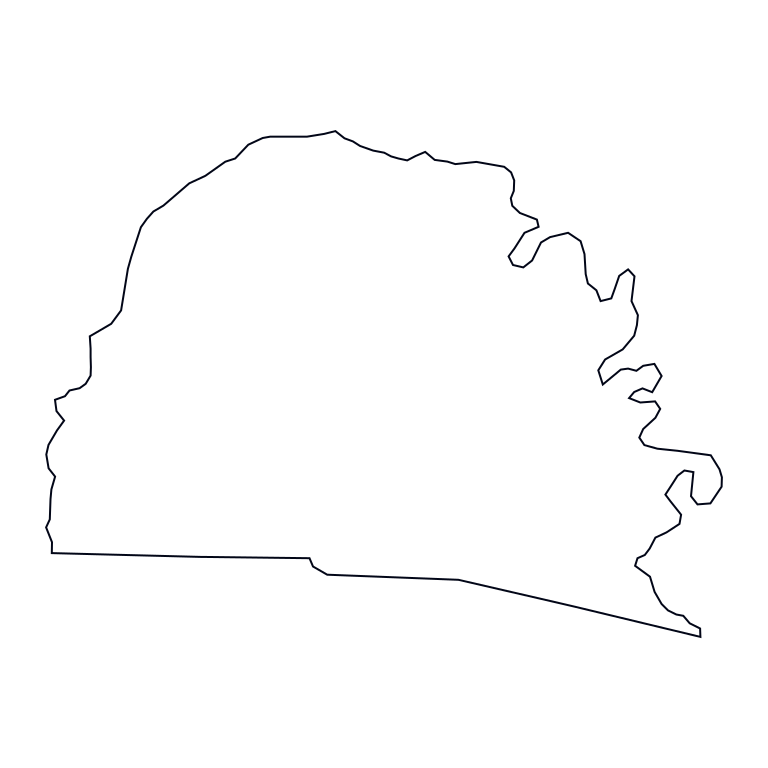 Ouvidor, Goiás, Brazil
{"feature_id": "56859067B74678386860853", "entity_name": "Ouvidor", "entity_type": "district", "adm_level": 2, "iso_a3": "BRA", "parent_name": "Brazil", "parent_adm1": "Goiás", "projection": "albers", "projection_center": [-47.713, -18.217], "detail": "fine", "context": "isolated", "style": "outline", "palette": "ink", "viewbox_px": 768, "rotation_deg": 0, "n_neighbors": 0, "source": "geoboundaries", "source_scale": "gbopen_adm2", "svg_char_len": 1916}
<svg xmlns="http://www.w3.org/2000/svg" viewBox="0 0 768 768"><path d="M710.8,455.3L677.6,450.8L657.4,448.7L644.4,445.1L639.3,437.6L643.2,429.0L655.4,417.8L660.2,408.9L655.1,401.4L640.3,402.5L629.1,398.1L634.2,392.0L642.5,388.4L652.2,392.2L661.6,376.0L654.4,363.9L643.2,365.8L636.4,370.8L628.1,368.6L620.8,369.6L602.8,384.5L598.3,370.3L605.1,359.5L622.7,349.4L634.2,335.7L636.9,325.2L637.9,315.2L631.5,301.1L634.5,276.3L628.1,269.4L619.2,275.9L614.7,289.0L611.3,298.4L600.6,301.1L596.4,290.3L587.9,283.5L585.7,274.1L584.5,254.1L580.6,241.2L568.1,232.8L550.1,237.1L541.0,242.5L532.1,260.5L523.3,267.4L513.0,265.0L508.6,256.4L514.5,248.4L524.5,232.8L538.6,226.8L536.9,219.6L519.9,213.0L512.3,205.8L510.8,198.3L513.8,190.9L514.2,180.4L511.1,172.4L504.2,166.8L476.4,161.9L455.3,164.1L447.4,161.6L434.7,159.9L425.2,151.9L415.6,156.0L407.2,160.4L398.4,158.5L391.1,156.4L384.2,152.7L373.2,150.6L360.1,146.0L352.9,141.4L344.5,138.3L335.4,131.1L324.2,133.9L306.8,136.7L291.4,136.7L270.0,136.7L262.7,138.0L248.3,144.7L235.2,158.5L225.3,161.7L205.4,175.8L189.3,183.3L163.4,205.6L153.4,211.5L146.9,218.8L140.9,227.2L131.3,256.7L127.9,268.8L121.1,310.4L111.2,323.8L89.8,336.3L90.6,348.7L90.6,357.2L90.9,367.2L90.6,375.6L85.7,383.8L79.6,388.2L69.5,390.5L65.0,396.2L55.0,399.8L56.5,411.1L64.1,420.6L57.0,430.4L48.5,444.9L46.3,454.5L48.6,468.3L55.1,476.6L51.4,489.4L50.5,499.2L49.8,519.4L46.1,527.4L52.0,542.2L51.8,553.1L200.2,556.9L210.5,557.0L309.5,558.2L313.0,566.5L327.2,574.7L458.4,579.8L561.9,603.7L575.2,606.8L700.4,636.9L700.1,628.5L689.7,623.3L683.3,615.8L676.3,614.5L668.0,610.4L661.6,604.0L654.6,591.9L650.0,576.7L635.1,565.8L637.5,558.2L644.8,555.0L649.7,548.5L655.4,537.6L666.5,532.4L679.5,523.9L681.1,514.7L670.3,501.1L665.4,494.6L671.9,484.6L677.6,475.7L684.4,470.5L693.4,472.1L691.0,496.2L697.5,504.4L710.4,503.4L721.6,486.7L721.9,477.3L719.5,469.3L710.8,455.3Z" fill="none" stroke="#020617" stroke-width="2"/></svg>